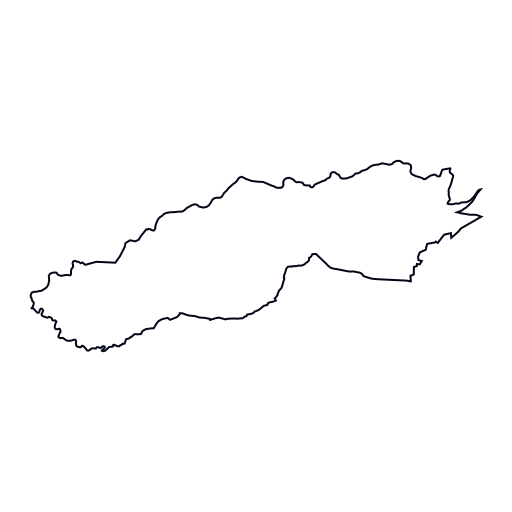 Chigmecatitlán, Puebla, Mexico
{"feature_id": "50627088B58244454353304", "entity_name": "Chigmecatitlán", "entity_type": "district", "adm_level": 2, "iso_a3": "MEX", "parent_name": "Mexico", "parent_adm1": "Puebla", "projection": "albers", "projection_center": [-98.061, 18.648], "detail": "fine", "context": "isolated", "style": "outline", "palette": "ink", "viewbox_px": 512, "rotation_deg": 0, "n_neighbors": 0, "source": "geoboundaries", "source_scale": "gbopen_adm2", "svg_char_len": 6007}
<svg xmlns="http://www.w3.org/2000/svg" viewBox="0 0 512 512"><path d="M481.3,216.7L476.2,214.8L469.8,214.7L461.2,213.3L457.1,212.3L461.3,210.7L466.3,207.4L471.0,202.9L472.8,201.0L477.1,193.5L480.6,189.4L480.0,189.5L478.8,190.1L477.6,191.2L475.8,194.1L473.7,196.9L470.7,199.9L469.2,200.9L466.5,202.2L462.2,202.4L460.8,202.7L458.8,203.7L455.7,203.4L453.0,204.2L451.3,204.3L448.2,204.0L447.6,203.6L447.8,202.6L448.6,201.4L449.7,200.3L449.8,198.5L449.2,197.1L448.6,194.9L448.8,193.5L448.6,191.0L448.7,189.7L449.0,188.5L450.1,186.5L451.7,181.7L452.1,179.8L453.2,176.6L453.2,175.8L452.3,174.3L450.8,173.3L450.2,172.8L449.8,172.1L449.7,171.3L449.8,170.4L450.4,168.6L450.1,168.3L442.4,169.7L441.4,171.9L440.7,174.2L440.2,175.1L440.2,175.8L439.5,176.3L438.5,176.5L437.3,176.1L435.1,174.6L434.0,174.6L430.1,175.8L428.4,177.1L426.6,178.0L425.8,178.9L424.9,179.1L423.8,179.1L423.1,178.8L422.3,178.1L418.2,176.7L416.2,176.3L412.2,174.4L411.6,173.9L411.0,173.0L410.5,171.8L410.4,170.9L410.7,169.7L411.1,168.9L411.0,165.9L410.6,165.1L409.8,164.5L408.8,163.8L407.5,163.4L404.4,163.5L403.1,163.3L401.4,161.9L400.1,161.1L398.8,160.8L397.2,160.9L396.2,161.1L393.9,162.1L392.2,163.9L390.3,164.6L388.6,164.7L387.5,164.3L381.9,163.3L378.3,164.6L375.2,164.8L372.8,165.4L370.2,166.7L367.0,169.2L365.1,170.0L361.7,170.9L360.7,171.9L359.7,172.5L357.9,173.3L355.7,173.5L354.5,174.4L353.9,175.1L352.3,176.4L348.7,177.6L347.3,178.2L346.3,178.4L343.2,178.6L341.4,178.4L340.4,177.6L339.1,175.3L338.6,174.6L337.6,174.4L336.8,173.9L335.2,172.5L333.3,172.1L332.2,172.3L331.3,172.9L330.8,173.5L330.2,176.7L329.5,177.4L328.6,178.0L326.8,178.7L325.2,180.3L322.9,181.0L315.8,184.1L314.7,184.7L313.3,186.7L312.6,187.2L311.5,187.3L310.5,187.0L309.8,185.5L306.1,185.4L304.8,185.2L303.8,184.8L303.0,183.3L302.2,182.6L298.6,182.0L296.5,182.3L294.9,181.3L293.7,179.9L292.3,179.0L289.2,177.8L286.6,178.2L284.9,179.2L284.1,180.0L283.7,180.7L283.2,182.3L283.4,184.5L283.0,186.0L282.5,186.8L281.8,187.4L280.9,187.8L277.6,187.8L276.0,187.5L273.8,186.2L271.9,185.7L263.3,182.0L256.8,181.6L251.9,181.0L245.9,178.9L241.9,176.8L240.0,177.3L239.1,177.8L238.0,179.2L236.8,181.1L235.6,182.3L232.6,184.5L230.7,186.3L229.1,187.5L226.2,191.1L224.4,192.6L221.6,196.9L221.0,197.4L220.0,197.6L218.8,197.8L217.4,197.7L215.9,197.9L213.9,198.5L212.3,199.9L211.0,202.3L209.0,205.2L207.0,206.7L204.5,207.4L203.0,207.5L199.1,206.6L197.2,204.9L195.8,204.4L194.5,204.4L192.1,205.0L186.5,208.2L184.8,209.9L183.6,210.8L181.4,211.7L179.0,211.6L173.9,212.2L171.2,212.2L169.4,212.4L166.5,212.9L164.4,213.7L161.6,216.2L159.6,217.4L158.4,218.8L157.7,219.9L156.0,224.0L155.4,225.8L155.3,228.4L154.9,229.2L153.9,230.5L153.3,230.5L151.6,230.1L150.7,229.4L149.8,229.1L148.5,228.9L147.1,229.7L146.3,229.3L140.6,236.5L138.7,239.7L135.4,241.3L130.0,240.3L125.5,243.1L124.6,247.2L119.9,256.3L115.3,262.7L96.4,261.8L85.2,264.8L82.5,262.5L80.8,263.3L79.0,262.1L77.7,261.7L76.5,261.5L75.1,260.8L74.0,261.1L73.1,261.6L72.7,262.7L72.6,263.9L73.0,264.7L73.1,266.6L72.7,267.5L71.9,268.4L71.0,270.3L70.9,271.4L71.1,273.9L70.5,275.1L69.5,275.3L66.5,274.9L61.4,275.8L60.0,275.6L58.2,274.9L57.0,273.6L56.6,272.8L55.8,272.5L53.2,272.6L51.1,273.2L50.2,273.7L49.3,274.9L48.8,276.1L49.2,280.2L48.4,284.2L48.0,285.3L46.6,287.3L45.8,288.0L41.5,290.8L39.8,291.0L36.4,291.7L33.7,291.9L32.7,292.2L31.7,292.7L30.7,295.1L30.7,296.7L31.4,297.9L32.3,300.9L33.5,302.2L33.8,303.0L33.4,305.2L33.0,306.2L31.7,308.2L33.4,308.5L37.2,312.6L38.5,312.8L39.1,312.3L39.8,310.0L40.6,308.8L41.8,308.7L42.9,309.9L43.1,310.9L41.7,313.8L41.6,314.8L42.1,315.6L43.7,316.6L44.4,316.6L46.1,317.4L47.4,317.7L48.1,317.4L48.7,316.9L49.9,317.1L51.6,318.1L52.0,318.8L52.1,319.7L52.6,320.3L53.6,320.5L55.0,320.4L56.4,321.5L55.1,324.6L54.7,327.0L55.0,328.4L55.7,329.1L57.7,329.1L59.3,328.7L59.9,329.0L60.6,331.7L59.7,333.1L58.6,335.6L58.4,337.0L60.0,338.1L62.7,337.9L66.6,340.5L68.3,340.8L70.8,340.7L74.0,339.7L75.4,339.8L76.1,341.0L75.9,343.5L76.2,345.3L76.8,346.3L78.8,347.1L80.1,347.3L81.3,346.9L81.8,345.9L82.4,345.7L83.2,346.0L84.3,347.0L85.2,348.1L86.0,348.9L86.6,350.0L87.4,350.5L88.2,350.6L89.3,350.3L91.3,348.6L92.6,348.3L94.2,348.3L95.7,348.6L96.7,347.4L97.4,347.1L100.7,348.0L102.7,346.3L103.7,346.2L104.8,346.9L104.5,348.2L103.3,349.1L102.2,350.1L101.9,350.7L103.6,351.2L104.6,350.9L105.6,350.3L109.0,347.1L112.9,346.5L113.3,344.9L114.1,344.7L116.5,345.9L117.8,346.2L119.3,346.3L120.3,345.3L121.3,344.7L122.1,344.6L122.7,343.7L124.6,343.7L126.1,339.2L128.3,338.7L129.6,338.1L130.3,337.2L130.9,336.9L131.7,336.8L133.7,334.7L134.6,334.3L135.5,334.1L136.7,334.3L140.9,334.1L141.9,332.1L142.7,330.9L145.7,329.2L150.8,328.4L153.7,328.3L156.2,324.0L158.0,321.6L160.4,320.0L163.0,318.9L167.7,317.9L170.1,319.8L176.8,317.2L179.6,314.4L179.8,313.2L182.8,313.4L187.2,315.1L189.0,315.5L195.3,316.2L199.4,317.5L205.0,317.9L208.2,318.6L208.8,318.6L210.0,319.0L210.1,319.9L215.6,318.2L218.7,317.6L225.7,319.4L227.3,318.8L228.7,318.7L233.8,318.5L237.4,318.7L241.4,318.3L242.3,318.4L244.9,316.6L246.5,316.1L247.1,314.6L251.5,313.8L253.7,312.7L254.5,311.6L257.0,310.7L259.1,309.7L263.7,305.9L267.4,304.9L268.1,303.0L269.9,302.3L272.7,301.8L275.9,300.5L274.7,298.4L276.2,296.9L277.5,295.1L277.6,293.9L279.2,290.4L280.7,288.9L281.7,287.5L283.7,280.6L284.4,278.4L283.8,277.7L284.1,275.4L285.6,271.3L286.1,269.1L287.7,266.9L289.9,266.5L292.0,266.6L292.6,266.2L296.4,266.1L298.1,265.6L301.7,265.6L304.6,264.3L305.7,263.1L307.2,262.1L308.6,260.8L309.0,260.0L309.1,257.8L310.2,257.4L311.4,256.1L312.4,254.1L316.0,254.0L325.5,263.0L328.3,265.9L329.8,267.1L330.9,267.9L334.9,268.9L336.8,269.1L347.7,271.3L350.3,271.6L353.3,271.4L359.9,272.7L362.0,273.9L363.3,275.9L365.7,276.9L371.9,278.7L377.4,279.2L406.3,280.6L410.8,281.4L410.5,275.8L413.8,274.4L413.9,267.0L416.8,266.1L416.9,264.0L419.8,264.4L421.8,261.0L418.5,260.2L418.0,256.9L419.7,252.5L425.8,249.7L426.2,247.3L427.2,243.9L435.1,242.4L435.9,241.6L437.8,242.9L444.1,234.7L450.9,233.1L451.3,237.8L456.1,233.7L458.8,231.2L460.8,228.5L481.3,216.7Z" fill="none" stroke="#020617" stroke-width="2"/></svg>